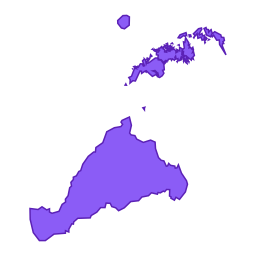 Tojo Una-Una, Sulawesi Tengah, Indonesia
{"feature_id": "22746128B20933115656615", "entity_name": "Tojo Una-Una", "entity_type": "district", "adm_level": 2, "iso_a3": "IDN", "parent_name": "Indonesia", "parent_adm1": "Sulawesi Tengah", "projection": "natural_earth1", "projection_center": [121.803, -0.873], "detail": "fine", "context": "isolated", "style": "filled", "palette": "violet", "viewbox_px": 256, "rotation_deg": 0, "n_neighbors": 0, "source": "geoboundaries", "source_scale": "gbopen_adm2", "svg_char_len": 5731}
<svg xmlns="http://www.w3.org/2000/svg" viewBox="0 0 256 256"><path d="M155.1,142.1L150.6,140.1L143.3,142.4L136.7,139.1L134.9,135.6L131.1,134.9L129.6,133.1L131.4,125.3L129.4,117.0L122.0,120.4L121.0,122.1L122.6,124.3L120.9,126.6L114.4,127.7L106.8,131.7L102.8,142.7L95.9,147.5L95.4,152.0L93.7,152.0L88.3,156.3L82.8,164.2L80.7,170.6L78.8,171.5L76.4,175.8L73.3,177.2L73.4,179.4L70.9,182.3L71.5,186.1L69.7,187.7L68.1,195.7L65.4,199.2L65.6,202.0L62.1,204.4L59.0,211.3L52.0,213.3L49.5,212.0L49.5,208.8L46.7,209.9L42.0,206.8L38.1,209.5L30.0,208.5L30.2,219.4L33.3,232.6L39.4,240.6L45.3,240.6L54.0,234.1L65.4,233.2L65.5,230.7L68.8,232.0L68.9,229.1L71.8,223.8L73.4,224.1L73.7,221.9L77.8,218.3L90.2,217.9L91.2,215.5L96.8,212.2L100.6,207.6L105.0,207.6L106.1,203.1L110.2,203.3L111.8,206.6L115.7,207.8L118.6,210.7L124.3,207.8L130.7,201.6L138.6,200.7L141.9,197.0L148.5,195.7L151.4,192.8L157.4,194.2L158.0,192.5L160.3,192.9L163.3,191.1L164.7,191.7L166.6,189.5L169.7,189.6L169.5,196.0L171.1,197.0L170.9,198.2L174.4,200.2L176.0,197.3L179.5,199.4L185.4,191.9L187.5,184.2L186.5,180.7L181.5,173.2L178.4,164.8L176.9,167.9L175.2,168.1L174.8,166.1L170.5,165.3L168.7,163.4L167.6,165.9L166.3,166.2L163.9,160.9L161.2,160.3L158.5,157.6L155.5,148.6L155.1,142.1ZM155.3,58.0L148.8,62.8L147.2,63.2L146.9,62.1L146.2,63.8L145.6,60.0L144.4,58.8L144.6,60.2L144.1,59.2L142.5,60.9L144.4,65.7L143.7,66.1L143.2,65.9L142.4,63.9L140.4,63.8L138.1,67.5L134.5,67.2L136.1,68.6L134.5,68.4L131.5,76.3L128.8,77.5L130.2,79.7L130.0,83.1L132.8,80.7L135.4,81.0L140.0,71.0L141.4,71.2L141.6,73.4L144.8,71.3L146.0,72.0L145.9,70.8L146.2,70.7L152.4,76.4L156.5,74.3L155.8,72.1L152.8,70.9L155.0,70.5L157.9,73.4L158.5,75.6L157.7,76.7L159.6,77.5L162.3,75.7L163.9,73.2L162.6,70.3L164.3,69.8L163.7,62.9L163.2,63.1L161.0,60.2L158.2,59.8L158.1,59.0L157.4,58.0L155.3,58.0ZM169.1,46.2L165.4,45.3L165.9,45.8L164.6,46.8L166.0,48.3L166.9,47.3L167.3,48.0L167.8,46.6L167.7,48.8L169.4,48.0L168.9,48.9L170.7,49.5L170.1,51.0L168.9,49.8L169.3,51.9L168.2,49.4L167.8,51.3L167.4,49.9L166.8,51.1L165.9,50.2L166.6,52.2L164.6,51.9L164.7,49.3L163.4,49.1L163.5,47.1L162.8,48.1L161.3,47.7L162.5,47.6L161.7,46.5L157.8,50.1L159.4,50.4L158.1,52.2L156.5,51.9L156.4,54.8L158.3,55.2L157.9,57.7L159.3,59.7L161.1,59.7L163.7,62.4L165.6,60.5L167.7,60.9L168.4,59.3L170.8,58.8L171.5,60.3L172.4,58.9L174.4,60.2L175.2,58.9L175.8,59.7L174.9,57.3L175.6,56.2L176.1,59.1L177.9,58.6L177.9,60.0L179.8,60.4L181.5,59.7L182.0,58.1L180.6,58.5L181.3,56.7L182.4,57.6L183.3,55.9L181.8,54.6L182.2,48.8L179.6,47.3L179.7,50.9L176.9,49.5L177.7,51.4L176.0,52.7L175.8,50.7L174.1,49.2L171.7,49.8L173.2,47.7L170.8,48.7L170.3,48.0L171.7,47.7L170.8,47.8L170.4,45.5L169.1,46.2ZM188.8,42.9L185.6,37.7L184.9,42.4L183.5,41.9L184.3,48.1L182.4,49.7L182.5,51.4L183.5,51.5L183.1,55.1L185.5,55.7L182.7,57.8L184.7,58.6L184.8,59.8L184.8,60.7L185.5,60.2L185.8,62.5L187.1,63.5L186.6,60.6L188.5,61.6L187.9,59.2L186.4,58.8L186.7,56.4L191.3,60.1L191.6,58.3L193.4,59.3L192.8,57.3L194.4,55.4L193.6,52.1L192.5,52.6L193.5,50.0L192.8,47.3L191.8,48.3L192.6,49.9L190.2,47.2L189.2,47.8L189.5,45.5L188.1,45.3L188.9,45.1L189.3,44.6L188.4,44.8L188.8,42.9ZM206.0,27.5L204.0,28.5L206.8,35.2L210.6,36.8L211.4,35.0L212.3,36.8L213.6,35.2L216.7,40.2L219.3,40.0L219.6,44.6L226.0,54.9L222.3,45.8L222.5,43.7L223.7,43.5L222.9,41.7L224.4,40.5L223.8,37.5L221.4,37.2L220.8,34.9L214.7,31.7L212.4,33.6L211.0,29.7L208.7,32.2L208.5,29.6L206.6,29.3L206.0,27.5ZM126.8,15.4L122.9,15.6L117.7,20.5L117.8,23.4L121.4,28.0L124.5,28.8L129.2,25.2L129.4,16.9L126.8,15.4ZM201.5,28.0L198.5,28.7L193.4,33.8L195.2,35.9L197.1,33.6L197.9,38.3L201.0,37.2L202.1,40.2L205.6,38.5L204.2,40.3L204.8,41.1L207.0,38.5L205.8,37.1L204.3,37.8L204.7,35.2L202.5,35.8L202.0,33.5L199.5,34.9L198.9,34.0L201.8,29.2L201.5,28.0ZM186.0,32.6L180.0,34.8L178.1,37.7L180.2,38.1L183.5,35.6L185.2,36.3L186.6,34.5L186.0,32.6ZM191.1,36.6L190.6,34.9L189.0,34.9L189.4,36.9L191.1,36.6ZM150.0,57.3L151.9,56.1L150.6,54.7L150.0,57.3ZM158.5,49.0L155.4,49.8L155.6,51.2L157.1,50.8L158.5,49.0ZM157.8,73.4L156.3,75.1L157.4,76.1L158.2,75.5L157.8,73.4ZM144.8,107.3L142.9,107.8L144.4,109.8L144.4,108.4L144.8,107.3ZM149.3,59.3L147.6,59.8L147.5,60.7L148.1,61.2L149.3,59.3ZM155.3,50.4L154.5,49.4L153.8,50.4L154.5,51.0L155.3,50.4ZM125.1,85.1L126.4,85.2L125.8,83.9L125.1,85.1ZM194.6,36.3L193.6,37.5L193.9,37.9L194.6,36.3ZM165.1,63.2L163.9,62.6L164.5,63.9L165.1,63.2ZM146.9,58.9L147.9,58.3L147.2,58.0L146.9,58.9ZM167.7,44.5L167.5,43.3L166.5,43.8L167.7,44.5ZM184.6,58.9L183.6,59.3L183.4,59.9L183.7,59.5L184.5,60.3L184.6,58.9ZM205.3,42.5L204.6,41.7L204.9,43.0L205.3,42.5ZM171.6,43.5L172.6,43.6L172.2,43.0L171.6,43.5ZM178.5,45.0L179.2,45.2L179.1,44.7L178.5,45.0ZM177.3,61.6L176.6,60.9L177.2,61.9L177.3,61.6ZM152.8,49.4L152.8,48.9L152.3,49.3L152.8,49.4ZM176.8,51.2L177.3,51.5L177.2,50.9L176.8,51.2ZM171.8,47.0L171.8,46.4L171.1,46.8L171.8,47.0ZM186.7,35.6L186.5,34.9L186.3,35.5L186.7,35.6ZM208.6,39.9L209.3,39.6L208.9,39.3L208.6,39.9ZM166.7,61.9L166.4,61.3L166.0,62.0L166.7,61.9ZM143.9,65.8L143.4,65.9L143.9,65.9L143.9,65.8ZM184.0,60.1L183.6,60.1L184.1,61.1L184.0,60.1ZM173.6,47.9L174.1,47.2L173.5,47.9L173.6,47.9ZM178.4,60.7L178.1,60.1L177.8,60.7L178.4,60.7ZM166.9,48.0L166.4,47.9L166.7,48.6L166.9,48.0ZM183.9,61.4L183.4,60.7L183.7,61.8L183.9,61.4ZM187.5,57.8L187.2,57.1L187.2,57.8L187.5,57.8ZM211.8,29.8L211.0,29.5L211.8,29.8L211.8,29.8ZM189.1,61.8L188.7,61.3L189.0,62.1L189.1,61.8ZM135.7,66.7L135.1,66.2L134.8,66.3L135.7,66.7ZM165.4,45.7L164.7,45.6L164.7,45.8L165.4,45.7ZM137.1,66.9L136.0,66.6L137.0,67.1L137.1,66.9ZM159.2,48.0L158.7,48.0L158.4,47.9L158.7,48.1L159.2,48.0ZM137.5,66.8L138.0,66.4L138.0,65.7L137.5,66.8ZM132.1,69.1L132.4,69.0L132.8,68.4L132.1,69.1ZM133.3,67.2L134.0,66.5L133.5,66.9L133.3,67.2Z" fill="#8b5cf6" stroke="#5b21b6" stroke-width="1.5"/></svg>